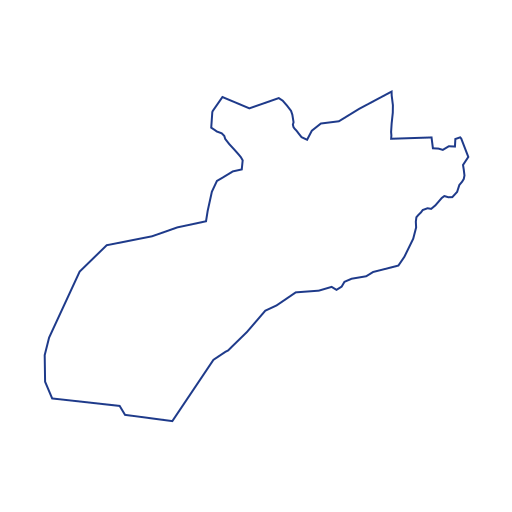 outline of Bodinga, Sokoto, Nigeria, rotated 87°
{"feature_id": "59680162B56562801938729", "entity_name": "Bodinga", "entity_type": "district", "adm_level": 2, "iso_a3": "NGA", "parent_name": "Nigeria", "parent_adm1": "Sokoto", "projection": "natural_earth1", "projection_center": [5.162, 12.807], "detail": "fine", "context": "isolated", "style": "outline", "palette": "blue", "viewbox_px": 512, "rotation_deg": 87, "n_neighbors": 0, "source": "geoboundaries", "source_scale": "gbopen_adm2", "svg_char_len": 1475}
<svg xmlns="http://www.w3.org/2000/svg" viewBox="0 0 512 512"><g transform="rotate(87 256 256)"><path d="M125.5,294.0L128.1,290.5L129.7,288.5L130.3,287.0L131.7,283.8L134.4,281.4L137.5,280.6L142.8,276.9L148.7,272.0L154.4,267.5L156.6,265.9L159.8,264.3L168.8,265.7L170.3,274.7L176.6,286.4L179.0,291.1L189.5,296.7L208.4,301.9L218.7,304.1L223.3,333.0L230.9,358.9L232.0,366.7L237.4,404.5L262.3,432.9L326.7,466.9L343.9,472.2L370.5,473.2L387.6,467.0L398.6,400.0L407.8,395.1L416.5,348.2L357.4,303.9L350.0,291.4L348.9,288.8L345.3,284.8L331.4,269.0L311.1,249.6L306.5,238.2L306.4,238.0L294.4,218.2L293.9,195.1L290.8,182.1L294.0,177.4L291.1,172.1L286.4,169.0L283.7,161.7L282.0,147.0L278.1,139.9L273.0,114.3L264.6,107.9L247.0,98.1L235.9,94.6L230.1,94.6L225.7,93.8L223.6,91.8L221.0,88.9L218.8,87.1L217.3,82.2L218.1,78.6L214.7,74.1L207.8,67.5L206.0,64.8L207.4,60.8L207.5,56.9L202.5,51.8L195.7,49.2L192.6,46.3L190.0,44.5L186.5,43.6L180.7,44.0L175.9,44.5L168.2,38.8L149.5,44.9L148.2,45.9L149.6,50.8L157.1,51.6L156.5,57.7L159.8,63.9L158.3,68.1L157.7,73.7L146.8,74.5L146.0,114.9L142.7,114.5L139.2,114.6L130.7,113.6L120.1,111.9L112.6,111.4L102.8,112.1L98.9,112.0L114.4,145.2L125.8,166.2L127.1,184.3L133.8,193.7L142.6,198.9L139.7,204.3L135.5,207.3L134.4,208.0L132.6,209.3L131.0,210.7L129.3,211.8L126.7,212.3L124.4,211.5L116.9,212.3L112.9,213.4L107.4,217.2L102.3,221.2L99.5,225.0L108.2,254.9L95.5,281.2L108.9,291.6L110.0,292.1L125.5,294.0Z" fill="none" stroke="#1e3a8a" stroke-width="2"/></g></svg>